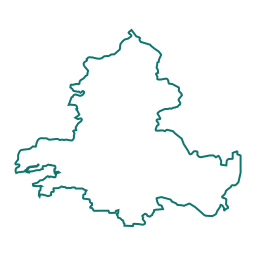 Rostov, Robinson projection
{"feature_id": "RUS-2367", "entity_name": "Rostov", "entity_type": "Region", "adm_level": 1, "iso_a3": "RUS", "parent_name": "Russia", "parent_adm1": "", "projection": "robinson", "projection_center": [41.086, 48.087], "detail": "fine", "context": "isolated", "style": "outline", "palette": "teal", "viewbox_px": 256, "rotation_deg": 0, "n_neighbors": 0, "source": "natural_earth", "source_scale": "10m", "svg_char_len": 5768}
<svg xmlns="http://www.w3.org/2000/svg" viewBox="0 0 256 256"><path d="M78.3,84.1L79.3,83.8L79.7,81.4L80.5,80.3L83.7,78.3L85.6,76.0L87.1,75.2L87.4,74.7L87.5,73.1L88.1,70.7L84.6,66.5L83.8,65.1L83.6,63.7L84.3,62.2L86.4,61.0L86.9,60.4L87.1,59.4L86.7,59.0L88.3,57.5L89.5,57.2L92.8,57.5L97.2,58.6L100.1,58.7L102.4,57.8L103.7,56.6L104.5,56.3L107.0,56.0L108.5,56.1L111.5,54.4L114.3,54.3L119.6,49.6L120.0,48.4L120.1,46.2L120.5,44.0L122.5,41.4L124.7,39.5L128.1,38.6L131.1,36.4L131.4,35.6L131.0,34.9L128.9,33.3L128.6,32.7L128.9,32.1L131.5,30.0L136.3,36.4L139.0,37.3L139.8,37.8L140.0,38.1L139.6,39.0L139.6,40.1L140.7,41.9L150.1,44.7L151.2,46.0L154.6,48.7L158.8,51.6L160.9,54.3L161.1,55.1L159.8,57.7L158.9,59.9L158.7,61.9L157.5,62.4L157.3,63.0L157.1,65.3L156.6,67.5L156.7,68.1L157.8,69.6L158.1,72.8L157.7,73.1L156.4,73.4L156.0,74.0L157.4,76.7L157.3,79.0L158.2,79.5L161.0,79.5L166.0,78.6L167.2,79.0L168.2,80.4L168.6,82.9L169.0,83.6L172.2,84.0L178.8,87.5L179.0,88.3L178.8,90.6L179.2,91.4L181.3,93.5L181.9,95.3L178.6,99.3L178.7,100.4L180.2,102.7L180.3,103.5L179.9,104.7L178.7,105.3L177.7,106.7L176.2,107.0L175.2,107.5L173.4,107.7L171.3,108.7L169.7,108.4L168.0,109.0L164.9,109.0L159.6,111.3L157.7,113.0L157.5,113.7L159.2,116.3L160.3,118.7L159.9,119.1L157.3,119.4L156.7,119.9L156.6,120.6L156.8,121.3L158.2,122.6L158.6,124.5L158.5,124.8L157.2,125.6L156.8,126.1L155.7,129.2L155.7,130.1L156.1,130.6L157.8,130.7L161.4,130.4L163.1,130.5L165.0,131.2L166.4,130.0L167.2,129.8L172.9,131.2L175.2,133.5L181.7,138.7L183.8,144.2L188.1,150.9L189.3,153.5L190.1,154.3L191.6,153.9L193.7,151.5L194.7,151.2L196.7,151.4L197.3,151.7L197.5,152.8L197.4,155.0L198.7,156.5L200.0,157.1L201.4,157.1L209.4,155.5L212.7,155.4L213.7,155.6L215.9,157.3L217.6,156.2L218.5,155.9L219.5,157.2L221.1,160.7L221.2,162.0L220.9,164.4L221.2,164.8L226.3,165.4L226.7,161.0L227.5,159.7L228.5,159.0L232.4,158.8L232.7,158.5L232.7,152.9L236.7,151.4L237.3,151.6L237.3,153.9L237.5,154.4L240.0,155.2L240.5,155.5L240.6,155.9L240.6,172.7L238.4,182.3L235.8,184.9L234.8,185.4L232.6,185.2L231.5,185.6L230.8,187.0L226.3,190.5L225.8,191.2L225.5,192.7L224.3,194.7L222.4,196.3L222.1,197.0L222.6,197.6L225.6,198.6L226.3,199.4L226.1,204.5L227.9,206.7L228.0,207.3L227.9,208.0L226.3,208.8L224.5,210.3L224.1,210.2L224.0,208.2L223.3,206.9L222.5,205.7L221.2,204.9L220.7,204.9L220.4,205.3L220.2,206.7L217.2,211.1L216.2,213.7L215.2,214.6L212.4,216.1L205.5,215.7L204.1,214.9L195.2,207.1L189.6,203.6L188.9,203.7L184.0,205.8L182.6,205.4L177.8,204.9L177.3,204.8L175.8,203.2L171.7,201.5L171.6,200.8L170.4,199.5L161.5,197.1L157.1,198.0L156.6,198.3L156.6,198.7L157.4,202.2L158.6,204.4L159.2,205.1L160.9,205.3L161.7,205.9L163.0,209.1L155.2,209.8L154.0,210.3L154.0,211.6L153.6,212.4L152.7,213.3L152.2,215.1L151.0,215.6L150.1,216.5L149.5,216.6L147.4,215.8L146.9,214.7L145.6,213.8L144.7,214.0L142.8,215.4L142.3,215.9L142.4,216.4L143.2,217.6L142.7,218.8L142.9,219.4L144.8,221.8L145.1,222.8L144.8,223.8L143.7,224.5L142.2,224.7L139.1,224.1L134.0,223.8L133.4,224.0L133.0,225.9L132.3,226.0L124.4,225.7L124.4,223.6L123.5,222.7L123.4,221.4L123.1,220.5L121.7,219.8L120.2,218.2L118.2,217.7L117.9,217.2L117.6,215.6L116.8,214.7L116.9,214.2L117.8,213.6L118.2,212.9L118.4,210.1L116.1,210.8L115.8,211.0L115.7,212.5L115.2,212.8L109.5,212.9L108.9,212.3L108.6,210.9L108.4,210.7L94.1,210.8L93.3,210.1L92.3,208.2L90.3,207.7L90.2,207.2L90.5,206.5L92.0,205.1L92.0,203.3L90.2,202.5L89.5,199.5L89.2,199.3L83.8,198.7L83.3,198.5L83.1,197.8L83.3,195.0L83.9,194.5L85.2,194.1L85.5,192.1L86.5,190.5L84.2,189.7L82.5,188.5L75.9,188.5L75.5,188.4L74.9,187.6L74.1,187.4L71.8,187.5L70.9,188.0L66.1,187.9L65.4,187.2L62.5,186.9L62.0,186.5L61.2,186.5L60.0,187.5L58.2,188.1L53.6,188.3L53.4,189.1L53.8,190.5L53.7,191.5L53.3,191.9L51.8,191.9L51.3,192.2L51.0,193.2L51.2,194.9L51.0,195.2L48.1,196.1L43.0,194.7L40.5,194.5L40.1,194.8L39.6,196.6L38.9,195.6L39.3,190.9L40.3,190.3L40.7,187.9L40.6,186.5L41.6,186.2L41.1,185.9L39.8,185.9L39.0,186.2L33.5,185.9L33.1,185.6L32.9,184.0L37.7,182.6L40.0,180.4L42.6,180.1L44.6,178.7L46.3,177.1L47.7,176.2L48.6,176.4L49.2,177.2L50.6,176.5L54.6,177.3L55.3,177.2L55.6,176.5L56.2,173.9L57.0,173.2L59.3,172.5L58.1,171.7L57.1,171.9L55.3,173.7L54.7,173.3L54.6,172.8L55.1,171.5L54.4,171.3L54.2,170.9L54.5,169.0L55.1,168.9L55.4,168.3L55.4,166.9L54.8,165.8L51.9,165.4L50.8,164.9L50.2,165.2L48.3,164.6L45.6,166.1L43.1,166.1L42.5,167.6L42.8,169.0L40.9,169.4L39.4,170.2L36.7,170.2L32.0,171.4L28.6,171.5L29.2,172.1L29.2,172.5L27.3,172.3L26.4,171.9L25.9,171.2L26.5,170.9L27.1,169.9L27.8,169.4L28.9,167.7L30.1,167.2L36.9,166.5L38.5,165.1L38.5,164.6L38.2,164.5L37.1,165.9L30.2,166.7L28.7,167.2L27.4,168.1L26.7,169.4L25.3,170.3L24.8,171.3L24.0,171.6L18.1,172.3L16.3,173.0L15.7,171.7L15.6,170.3L15.8,168.9L16.5,167.9L18.8,166.7L19.3,166.0L19.5,165.1L19.1,164.6L18.5,164.4L15.8,164.4L15.4,163.9L15.4,163.2L15.9,162.4L18.0,159.7L18.2,158.4L18.1,155.1L18.7,153.5L19.4,151.9L20.3,150.6L21.6,149.9L29.3,149.0L30.2,148.6L32.9,146.4L35.6,146.7L36.0,145.9L36.3,144.0L37.0,141.9L37.9,140.1L39.2,138.8L40.9,138.2L46.8,138.4L48.8,139.6L49.5,139.7L57.1,138.9L57.8,139.0L59.7,140.0L62.1,139.6L64.0,140.0L66.2,139.6L71.0,140.5L72.2,140.3L73.1,139.5L73.7,138.4L74.0,137.1L73.8,135.8L74.5,133.6L73.9,132.2L73.2,131.2L73.9,130.5L76.2,130.2L76.3,129.8L75.7,128.3L75.8,127.3L76.3,126.4L78.1,123.5L81.2,121.1L81.7,120.2L81.8,119.3L81.3,118.6L80.5,118.4L77.8,119.1L75.3,117.7L77.8,116.0L79.3,114.6L77.2,110.3L76.4,109.7L76.3,109.0L77.2,108.9L77.3,108.5L76.8,106.4L76.1,105.6L75.2,105.1L70.8,104.6L68.7,104.9L71.4,97.6L71.7,97.2L72.6,96.9L73.4,95.5L74.2,94.8L75.8,94.5L79.8,95.8L81.3,95.6L82.9,94.6L84.1,92.9L84.1,92.0L83.4,91.2L82.5,91.1L81.2,92.4L80.4,92.8L78.9,91.6L77.2,91.7L73.4,90.8L72.3,88.9L70.4,87.4L70.7,85.1L71.3,84.7L73.1,84.8L76.1,83.9L78.3,84.1Z" fill="none" stroke="#0f766e" stroke-width="2"/></svg>